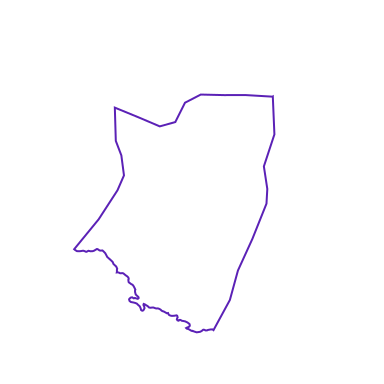 outline of Safaga, Al Bahr al Ahmar, Egypt, rotated 136°
{"feature_id": "37247803B18851026884182", "entity_name": "Safaga", "entity_type": "district", "adm_level": 2, "iso_a3": "EGY", "parent_name": "Egypt", "parent_adm1": "Al Bahr al Ahmar", "projection": "equal_earth", "projection_center": [33.857, 26.735], "detail": "fine", "context": "isolated", "style": "outline", "palette": "violet", "viewbox_px": 384, "rotation_deg": 136, "n_neighbors": 0, "source": "geoboundaries", "source_scale": "gbopen_adm2", "svg_char_len": 2246}
<svg xmlns="http://www.w3.org/2000/svg" viewBox="0 0 384 384"><g transform="rotate(136 192 192)"><path d="M67.5,204.6L67.9,204.7L86.3,224.7L101.6,239.4L118.0,256.0L135.0,261.1L155.2,254.0L155.4,253.9L169.6,261.6L177.9,281.2L188.9,306.3L211.3,281.7L217.4,267.4L229.4,251.2L244.4,245.0L278.1,237.2L316.5,232.7L316.4,231.7L315.9,229.5L315.3,228.8L313.8,227.3L312.4,226.3L311.1,225.4L310.4,224.2L309.7,222.5L308.9,222.1L308.1,221.9L307.4,221.7L306.1,219.8L304.5,218.4L303.2,217.8L301.0,217.3L300.1,217.1L299.6,216.5L299.1,214.2L298.5,213.4L297.0,212.1L296.9,210.4L296.9,208.3L297.4,206.5L298.1,204.1L297.7,198.6L297.7,197.4L297.7,196.7L298.5,194.7L298.3,191.0L299.1,188.8L300.2,188.1L300.7,187.5L300.9,187.2L302.0,186.4L301.3,185.9L300.6,184.8L300.2,183.6L299.7,183.0L298.5,182.1L297.9,181.1L297.6,178.3L297.2,176.3L297.2,174.7L297.9,173.4L298.6,173.2L299.1,172.7L300.1,171.3L300.2,170.8L299.9,169.2L299.7,167.9L299.2,166.6L299.4,164.8L299.9,163.1L300.6,161.1L301.2,160.9L301.6,160.5L302.0,160.1L302.5,159.5L303.0,158.6L303.7,157.3L303.6,155.4L303.5,153.7L304.0,152.8L305.2,152.8L306.0,154.1L306.7,155.5L307.4,155.7L307.8,156.0L308.2,157.8L309.4,158.6L311.2,158.7L311.9,158.4L312.6,157.0L312.4,155.4L311.8,154.5L310.8,153.1L309.9,151.6L309.2,150.0L309.2,148.6L309.0,146.0L309.8,143.9L310.6,142.4L310.3,141.2L309.7,140.8L308.5,140.8L306.9,141.4L306.0,142.7L305.4,144.5L304.5,145.0L304.0,144.0L303.7,142.6L303.2,140.9L303.1,138.7L302.2,137.5L300.8,136.5L300.0,135.7L299.1,133.8L298.4,132.8L297.4,132.0L296.7,130.6L296.3,129.1L296.3,127.7L295.7,126.2L295.4,125.9L294.3,122.2L293.3,121.6L293.7,120.6L293.9,119.7L293.8,119.0L292.9,117.3L292.2,116.6L291.0,115.5L288.8,114.0L288.6,113.3L289.4,111.8L290.4,111.5L291.4,110.9L291.6,109.7L291.0,108.7L290.1,108.9L289.2,108.0L288.7,106.3L287.9,105.3L286.8,103.7L285.9,101.3L285.5,98.9L286.1,97.7L286.8,97.2L288.2,97.2L289.6,97.9L290.7,98.2L290.7,97.5L290.4,96.8L289.8,96.1L289.0,93.1L288.4,91.8L288.0,91.7L287.5,90.4L286.7,88.9L286.1,87.8L283.3,85.8L281.6,85.3L279.8,85.2L279.3,84.9L278.7,84.0L278.5,83.1L277.3,82.0L276.4,81.7L274.1,80.2L272.7,78.9L272.5,77.7L239.8,88.0L213.5,103.6L181.2,116.3L146.5,131.9L135.7,141.9L122.5,160.5L92.7,176.2L67.5,204.6Z" fill="none" stroke="#5b21b6" stroke-width="2"/></g></svg>